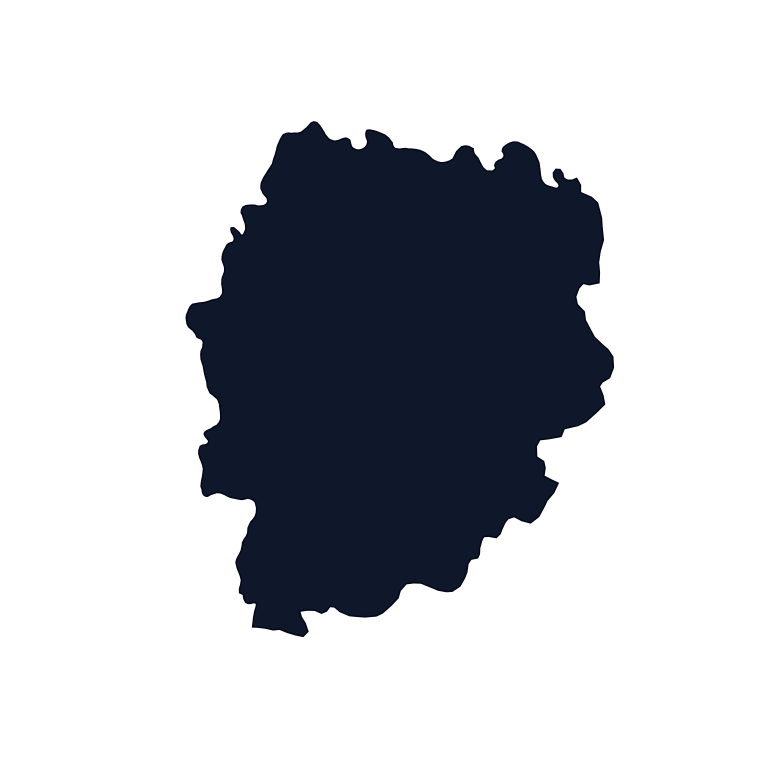 the district of Haradok, Vitebsk, Belarus, rotated 115°
{"feature_id": "67162791B30546828632542", "entity_name": "Haradok", "entity_type": "district", "adm_level": 2, "iso_a3": "BLR", "parent_name": "Belarus", "parent_adm1": "Vitebsk", "projection": "orthographic", "projection_center": [30.062, 55.617], "detail": "fine", "context": "isolated", "style": "filled", "palette": "ink", "viewbox_px": 768, "rotation_deg": 115, "n_neighbors": 0, "source": "geoboundaries", "source_scale": "gbopen_adm2", "svg_char_len": 5727}
<svg xmlns="http://www.w3.org/2000/svg" viewBox="0 0 768 768"><g transform="rotate(115 384 384)"><path d="M659.7,400.4L658.1,396.9L655.3,388.5L653.6,380.6L650.3,375.0L649.9,366.6L648.6,357.9L646.9,350.7L640.5,348.4L634.2,354.4L630.3,360.4L625.5,364.5L621.1,357.7L618.2,351.0L618.1,343.8L614.1,340.2L608.5,339.1L606.9,334.7L608.8,327.5L608.4,317.2L605.5,309.2L603.1,302.9L597.4,293.0L592.2,288.7L581.4,284.0L571.9,280.9L564.3,282.1L555.5,279.4L551.5,273.0L548.7,266.3L548.2,256.4L547.8,247.6L545.7,239.7L542.9,234.6L535.0,229.8L525.8,229.1L519.5,229.5L511.5,232.0L506.0,231.2L502.0,225.7L498.0,225.7L492.1,228.1L484.9,229.3L480.2,229.3L477.8,225.0L475.7,217.4L470.6,215.5L465.8,215.9L458.3,215.9L453.5,214.7L449.1,210.0L449.5,201.3L447.9,192.5L438.7,187.8L426.8,187.1L420.9,187.1L410.6,184.3L400.3,184.3L400.3,191.9L399.9,200.2L392.0,202.6L386.8,206.6L385.6,214.9L376.1,219.7L368.6,219.3L364.2,212.1L356.7,201.4L348.3,201.8L339.6,190.7L332.9,185.2L319.8,179.6L309.1,175.6L301.9,180.8L295.2,187.9L290.0,187.1L282.9,182.3L272.2,183.1L262.7,188.2L258.3,195.4L256.3,202.5L252.7,213.2L245.9,222.3L241.1,228.6L234.0,233.0L230.3,242.5L224.0,247.2L214.8,248.0L208.5,246.0L207.3,240.0L201.4,232.0L191.8,236.0L183.1,241.1L172.7,244.2L160.8,246.1L149.6,252.8L141.7,257.1L129.7,267.0L127.2,274.9L127.5,286.9L120.8,290.0L116.3,296.3L119.8,299.5L121.8,303.8L121.7,306.3L121.2,308.4L117.7,311.0L115.3,315.1L116.8,318.9L120.9,319.7L124.1,318.1L125.8,316.4L127.2,314.0L128.3,310.8L130.2,308.9L132.9,309.1L134.1,310.6L134.6,314.6L135.2,317.6L135.4,320.6L135.2,322.5L134.0,325.3L132.0,328.0L128.6,330.6L123.4,333.7L118.0,337.2L115.5,339.9L112.4,343.5L110.7,346.0L109.7,348.9L108.7,353.5L108.3,358.3L108.5,365.2L110.0,368.9L112.8,372.0L115.8,374.1L119.0,375.7L121.2,375.7L123.1,375.1L124.4,372.8L126.7,371.3L129.6,371.6L131.0,372.6L133.0,374.7L135.8,376.1L137.6,376.1L139.1,376.0L141.1,373.9L142.7,374.2L145.3,375.5L146.4,378.1L147.5,380.7L147.1,383.2L146.0,386.1L144.5,388.2L142.1,391.3L139.7,394.3L137.5,399.2L136.2,400.7L133.9,402.3L133.1,402.6L133.1,404.1L133.1,405.5L132.9,407.5L133.8,410.7L136.1,413.8L138.9,415.0L142.8,416.3L148.6,416.5L151.0,416.6L154.2,418.7L156.1,420.7L157.8,422.8L159.5,426.0L160.2,429.3L160.2,432.6L160.1,434.7L159.3,437.1L158.4,439.4L157.2,444.5L157.1,446.8L157.2,450.0L158.0,453.8L158.9,456.4L159.7,458.7L160.8,461.2L161.7,464.4L163.2,466.9L164.6,468.9L165.7,472.4L166.0,473.8L165.1,475.8L164.0,477.1L162.0,478.5L160.9,480.7L159.3,483.6L158.1,488.3L158.2,492.3L158.4,496.1L158.7,499.2L159.2,501.5L160.0,504.6L161.3,506.6L163.1,506.6L165.1,506.1L167.5,504.6L169.3,502.7L170.8,501.3L174.1,500.4L177.3,500.8L180.4,502.8L182.4,505.1L183.6,508.3L183.4,512.1L182.5,514.0L180.2,516.0L177.5,518.1L177.0,520.7L177.3,522.6L179.1,524.9L180.5,526.2L182.0,527.5L184.5,530.6L185.1,532.2L185.5,536.0L185.1,538.3L182.7,543.2L181.6,544.4L179.5,547.6L178.3,549.6L177.0,551.7L175.6,555.0L175.7,556.9L176.2,558.5L178.4,560.4L181.5,561.3L184.2,562.1L190.7,565.2L192.4,567.0L193.5,568.6L194.6,571.3L196.2,573.8L196.8,576.1L198.1,578.3L200.5,580.4L202.2,580.9L206.1,581.2L209.5,581.1L212.2,581.1L215.1,580.7L217.7,580.1L220.5,579.7L223.1,579.2L226.5,579.0L231.7,578.0L236.4,578.6L239.2,579.1L239.5,579.1L242.2,579.4L244.8,579.7L247.4,580.1L250.5,580.1L253.5,580.1L257.1,578.9L258.9,577.9L262.5,573.7L263.6,571.0L264.7,568.6L267.4,566.5L268.9,566.4L271.1,566.8L273.4,568.6L275.3,571.7L276.3,574.0L276.8,577.2L278.0,579.8L279.0,581.6L281.0,584.8L283.5,586.6L286.3,586.7L289.0,585.8L290.5,583.8L292.5,582.0L294.8,579.8L297.2,577.4L299.3,576.1L301.8,574.7L305.2,574.4L308.4,574.6L309.8,576.3L307.9,579.4L306.6,583.7L305.9,586.3L307.1,588.4L308.5,588.1L310.7,586.5L312.9,583.4L315.3,581.1L317.1,580.5L319.5,581.0L320.8,582.6L322.5,584.2L324.2,585.0L326.5,585.1L329.8,585.3L332.5,585.3L336.3,584.6L339.8,583.2L342.1,581.0L344.5,578.6L346.3,577.3L349.1,576.0L352.5,575.6L355.7,575.4L357.6,575.0L359.1,574.3L362.1,573.1L363.8,571.8L366.0,570.4L368.6,569.0L370.7,568.4L375.0,569.1L377.3,570.8L379.0,573.1L380.7,575.4L382.9,577.6L385.6,580.6L387.1,582.9L389.3,586.5L391.4,589.3L392.7,591.2L395.5,592.2L399.0,592.4L401.4,592.2L405.1,592.0L407.8,591.1L410.1,589.6L412.8,587.7L414.7,585.3L415.5,582.6L416.0,580.1L417.7,576.7L418.8,575.1L420.4,573.5L420.6,571.3L420.3,569.5L421.0,566.8L422.3,565.4L423.9,564.9L427.4,563.6L431.4,563.6L434.9,562.3L438.9,560.1L444.1,555.3L450.8,550.6L456.8,545.5L460.9,543.0L463.6,540.1L465.6,537.6L466.1,534.5L466.9,532.2L467.6,529.2L468.9,527.2L471.7,524.5L474.1,523.1L476.7,521.4L479.0,520.0L481.9,518.4L485.0,517.1L488.3,516.9L492.2,517.9L493.8,519.3L495.6,520.7L497.5,521.5L500.2,523.9L501.6,525.0L503.0,525.8L504.4,526.0L505.7,525.5L506.6,524.3L507.3,523.3L507.9,521.9L508.4,521.0L509.2,519.2L510.5,518.4L512.6,518.6L514.3,519.8L515.1,520.9L516.2,522.6L518.0,524.1L522.3,523.7L525.3,522.4L527.1,521.0L529.4,518.9L530.7,517.4L534.1,514.0L537.2,511.7L541.2,510.3L544.5,509.3L547.9,508.5L550.1,507.9L554.1,506.5L556.3,504.3L559.4,502.3L560.7,500.4L561.0,498.6L560.5,496.8L559.3,495.7L557.5,494.6L555.4,492.3L553.0,489.8L551.7,486.4L551.4,482.0L551.7,477.1L551.3,474.0L550.4,470.6L549.7,467.4L548.8,464.3L547.2,461.9L545.1,459.5L544.4,456.8L544.4,454.0L545.3,450.9L547.9,448.7L550.3,446.9L554.3,445.3L558.0,444.7L561.3,445.1L565.2,446.3L569.1,446.4L571.8,446.3L576.6,444.5L580.3,444.3L583.8,445.0L587.6,445.1L590.2,444.1L595.5,442.9L600.0,443.1L605.4,443.3L608.4,442.6L612.6,439.3L615.4,436.4L618.6,433.0L622.0,430.3L626.4,429.0L630.6,428.4L634.2,426.6L634.1,423.6L634.5,422.3L635.9,421.5L637.6,420.4L639.4,418.3L640.3,416.8L640.3,414.6L639.4,412.5L637.5,410.3L636.6,408.0L637.1,406.6L639.3,405.8L643.3,405.2L646.2,404.6L651.4,403.2L653.9,402.3L659.7,400.4Z" fill="#0f172a" stroke="#020617" stroke-width="1.5"/></g></svg>